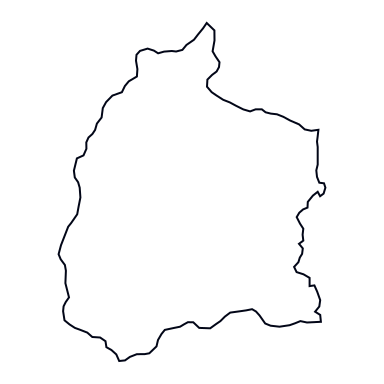 São João da Paraúna, Goiás, Brazil (orthographic projection)
{"feature_id": "56859067B96134969416858", "entity_name": "São João da Paraúna", "entity_type": "district", "adm_level": 2, "iso_a3": "BRA", "parent_name": "Brazil", "parent_adm1": "Goiás", "projection": "orthographic", "projection_center": [-50.363, -16.807], "detail": "fine", "context": "isolated", "style": "outline", "palette": "ink", "viewbox_px": 384, "rotation_deg": 0, "n_neighbors": 0, "source": "geoboundaries", "source_scale": "gbopen_adm2", "svg_char_len": 2039}
<svg xmlns="http://www.w3.org/2000/svg" viewBox="0 0 384 384"><path d="M74.8,177.5L78.1,182.2L79.7,187.7L80.4,197.5L78.6,206.6L77.2,214.3L71.1,223.1L68.2,226.7L61.0,245.2L58.6,254.2L60.7,259.3L64.9,265.0L65.9,270.7L65.4,283.2L69.0,297.4L65.7,302.1L63.6,306.3L63.1,311.2L64.5,320.3L69.5,324.4L74.9,327.9L79.6,329.6L87.3,332.6L92.3,337.0L100.1,337.5L105.5,341.2L106.4,347.2L111.4,350.0L116.3,354.4L119.2,361.0L125.0,360.4L129.9,356.9L136.8,354.2L144.8,354.1L149.3,353.3L156.5,346.4L158.0,340.0L161.5,334.0L164.8,329.9L174.2,327.9L180.1,326.7L183.9,324.4L187.9,322.2L193.3,322.3L199.2,327.9L210.2,328.3L216.3,323.9L220.4,321.1L224.9,316.6L230.2,312.6L239.0,311.4L246.0,310.4L252.1,309.2L256.0,311.5L259.5,315.4L265.2,323.5L270.6,325.7L279.5,326.7L289.6,325.2L295.0,323.3L300.4,321.1L307.0,322.5L313.0,322.2L320.9,321.8L320.2,314.9L315.1,311.7L319.3,306.5L320.2,300.1L317.2,291.7L314.4,285.4L309.6,286.1L309.6,277.9L303.5,274.3L296.6,272.1L294.1,266.9L298.4,262.2L299.8,257.6L302.1,253.9L302.8,248.4L299.0,243.8L303.3,240.6L302.6,234.7L303.3,228.7L300.0,223.6L296.7,217.1L299.3,212.7L303.1,209.4L307.5,207.6L307.8,201.9L312.9,195.6L317.7,191.8L320.1,196.2L323.6,193.6L325.4,187.7L324.0,183.3L319.3,182.7L317.0,176.9L316.3,170.4L317.7,164.6L317.7,155.0L317.7,147.0L317.0,141.6L317.7,136.2L318.4,129.8L311.3,130.8L304.7,129.4L299.1,124.4L290.1,120.5L283.3,116.8L277.0,114.3L270.8,113.6L265.6,112.3L261.8,109.3L255.7,109.3L250.1,111.4L243.3,109.4L235.9,105.7L229.8,102.4L223.2,99.8L216.2,95.3L211.7,92.2L207.0,86.7L207.4,79.6L212.1,74.9L216.6,71.5L219.0,67.1L219.5,62.2L215.6,56.5L212.6,51.3L214.5,40.5L214.4,30.4L206.7,23.0L203.0,28.4L198.0,34.5L194.0,39.7L186.5,44.9L182.4,49.9L176.1,51.5L171.8,51.0L164.1,51.6L158.1,53.3L153.9,50.6L147.6,48.6L140.0,50.9L136.5,54.8L136.0,60.7L137.4,69.1L136.9,76.5L128.8,81.3L124.9,86.0L121.9,92.2L112.4,95.6L106.1,102.1L102.8,108.1L101.6,117.5L96.9,123.6L95.1,129.9L92.4,134.0L88.5,137.5L86.3,142.4L86.4,148.8L83.5,155.4L76.9,158.4L73.9,170.7L74.8,177.5Z" fill="none" stroke="#020617" stroke-width="2"/></svg>